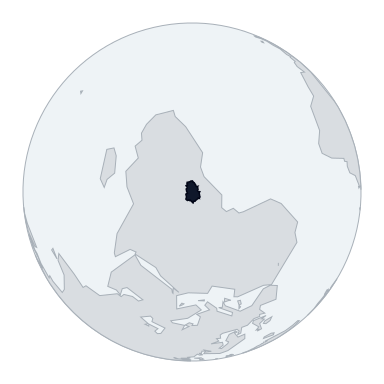 the Earth from above Bandundu, rotated 167°
{"feature_id": "COD-1871", "entity_name": "Bandundu", "entity_type": "Province", "adm_level": 1, "iso_a3": "COD", "parent_name": "Democratic Republic of the Congo", "parent_adm1": "", "projection": "orthographic", "projection_center": [18.46, -4.427], "detail": "fine", "context": "on_globe", "style": "filled", "palette": "ink", "viewbox_px": 384, "rotation_deg": 167, "n_neighbors": 0, "source": "natural_earth", "source_scale": "10m", "svg_char_len": 8673}
<svg xmlns="http://www.w3.org/2000/svg" viewBox="0 0 384 384"><g transform="rotate(167 192 192)"><circle cx="192" cy="192" r="169" fill="#eef3f6" stroke="#a8b0b8"/><path d="M107.1,45.9L99.7,50.6L94.8,54.9L92.3,56.8L86.1,60.8L84.4,61.7L95.4,53.4L107.1,45.9ZM80.9,64.7L82.4,63.5L76.0,69.2L75.3,70.0L76.2,69.5L78.9,67.1L76.9,69.1L70.2,74.9L71.9,73.1L74.1,71.1L73.2,71.9L80.9,64.7ZM26.1,160.1L26.9,156.2L26.2,160.4L28.3,158.5L27.7,160.9L29.2,171.2L33.9,175.2L34.9,182.1L34.1,186.7L36.4,187.6L36.5,190.6L48.2,193.6L56.5,200.4L57.7,210.7L53.8,223.2L57.1,248.8L51.9,258.1L55.2,268.4L59.2,283.9L55.4,283.5L61.3,290.5L63.2,295.2L62.1,296.0L66.0,301.1L65.4,301.6L68.8,304.6L74.0,311.6L79.8,316.6L85.2,322.1L89.0,324.9L88.7,325.0L90.1,326.3L92.3,327.9L88.8,325.7L80.7,319.1L76.8,315.5L76.3,315.1L67.2,305.8L69.0,307.8L57.4,294.1L49.4,282.3L33.0,248.6L30.7,242.3L30.1,240.3L26.7,227.2L24.5,213.9L23.2,200.4L23.1,186.9L24.1,173.4L26.1,160.1ZM96.7,330.6L90.1,326.7L92.9,328.4L89.6,325.5L95.0,328.6L96.7,330.6ZM89.3,323.0L88.6,321.3L90.0,322.0L90.8,323.4L89.3,323.0ZM350.2,132.8L350.9,134.5L352.9,140.6L358.1,161.1L358.8,166.1L358.1,162.2L354.6,151.1L356.6,162.9L359.4,174.5L360.5,187.2L359.5,182.3L358.1,171.1L356.8,166.9L355.2,156.4L350.5,140.5L349.4,142.4L347.6,136.3L341.0,123.3L338.3,125.8L335.3,139.9L337.9,155.6L335.6,162.0L325.2,138.4L319.6,123.5L316.4,124.5L305.2,111.8L287.7,109.7L284.6,106.0L281.4,107.5L273.5,103.6L268.7,97.8L264.1,98.0L276.8,113.5L281.7,113.5L285.0,107.9L287.7,113.5L295.3,119.0L288.7,132.1L261.7,143.6L258.3,132.0L233.5,101.7L233.8,98.5L233.7,98.2L233.3,97.5L231.9,102.7L227.4,97.2L241.5,117.4L244.2,126.5L261.4,144.3L260.0,146.1L265.2,150.0L281.2,146.2L281.4,150.1L274.4,168.3L251.6,193.6L254.2,211.6L251.8,227.1L236.7,237.2L237.1,249.5L229.1,253.7L228.0,260.7L221.1,268.2L209.9,275.3L191.8,275.7L191.4,269.3L183.5,257.1L172.8,227.9L178.1,214.4L176.8,204.2L163.6,182.4L166.6,170.1L162.9,165.2L155.4,166.8L151.0,161.0L146.4,161.2L117.0,167.6L107.7,160.7L95.8,139.0L100.8,129.4L101.1,119.3L135.4,83.9L143.3,85.0L171.1,79.6L174.7,80.5L172.2,87.6L193.6,95.8L199.6,89.7L218.3,94.6L230.3,94.5L233.2,81.5L213.6,81.1L209.5,75.0L224.6,69.9L241.6,71.3L240.5,69.0L229.2,63.7L232.5,60.0L225.2,61.6L228.6,63.9L224.1,65.2L220.7,63.3L222.0,61.9L216.7,60.9L211.9,68.5L214.9,71.7L201.4,73.2L205.0,78.8L201.6,81.5L194.1,73.2L194.4,70.2L181.1,62.3L179.6,65.5L192.0,73.4L188.4,72.8L186.5,78.1L185.1,73.6L171.9,65.0L159.3,67.8L144.3,81.6L136.7,83.5L129.9,81.7L134.3,68.6L150.8,66.1L152.5,62.3L148.3,57.6L153.7,57.5L154.0,55.5L160.1,54.7L167.9,49.7L174.0,48.9L176.2,43.6L179.6,42.7L177.3,45.9L179.0,48.1L194.1,47.4L196.7,46.3L197.0,43.1L201.1,43.6L199.4,40.7L207.6,39.7L196.1,38.7L196.1,35.8L200.6,33.7L198.5,32.8L191.2,36.3L190.1,37.9L192.5,39.5L187.8,44.9L182.8,46.0L179.9,40.3L172.5,41.6L173.5,37.3L192.7,29.4L201.2,28.4L216.9,31.8L215.4,33.1L209.0,32.4L215.7,35.3L214.8,34.0L218.2,34.7L219.0,32.8L221.5,33.2L218.1,30.9L221.2,31.3L223.3,32.8L227.2,31.0L233.4,31.9L233.1,31.3L231.0,30.5L240.3,32.6L239.7,32.1L236.4,31.2L233.0,29.9L230.6,28.5L233.9,29.3L235.2,29.9L243.1,32.6L246.1,34.6L247.2,34.8L245.4,33.4L235.8,29.9L233.4,28.9L238.2,30.3L236.3,29.7L236.2,29.5L239.2,30.2L234.0,28.6L231.1,27.6L242.5,30.8L253.6,34.7L264.5,39.4L275.0,44.8L285.1,51.0L294.7,57.8L303.8,65.3L312.4,73.5L320.4,82.2L327.7,91.4L334.4,101.1L340.4,111.3L345.7,121.9L350.2,132.8ZM124.5,100.6L123.8,103.5L124.5,100.6ZM260.4,80.4L270.1,81.7L264.3,73.6L267.5,73.7L264.3,71.1L263.8,73.1L255.9,66.5L259.5,64.8L257.6,61.8L254.2,61.2L248.9,65.5L260.2,74.7L258.6,77.6L260.4,80.4ZM28.5,158.4L28.5,160.1L28.0,160.3L28.5,158.4ZM32.3,137.5L32.4,138.0L31.7,139.2L32.3,137.5ZM32.4,136.6L32.1,137.5L31.4,139.5L32.4,136.6ZM76.4,68.9L76.9,68.5L77.2,68.4L75.9,69.5L76.4,68.9ZM85.4,63.2L82.0,66.7L83.5,64.7L81.1,66.6L81.2,65.2L91.0,57.7L86.6,61.2L85.4,63.2ZM84.2,62.0L83.0,63.2L83.9,62.2L84.2,62.0ZM149.6,47.1L152.0,47.9L150.0,50.1L142.3,52.5L145.0,49.1L149.6,47.1ZM155.7,48.6L155.0,43.1L159.8,41.8L157.3,43.4L160.5,43.1L157.2,45.6L162.5,50.4L161.1,52.8L147.6,55.0L152.7,52.8L150.1,51.9L155.7,48.6ZM144.8,35.8L144.6,34.6L155.3,33.2L154.3,34.5L146.5,36.6L143.1,36.3L144.8,35.8ZM177.5,23.7L178.5,23.6L174.3,24.0L179.0,23.8L174.1,24.3L174.9,24.2L171.6,24.8L169.1,25.5L166.8,25.8L166.8,26.0L164.7,26.6L163.9,27.0L159.5,27.9L158.2,28.6L156.9,28.6L155.9,29.7L154.6,29.3L151.7,30.3L154.5,30.2L132.3,35.9L124.0,39.5L117.7,42.9L116.4,42.4L121.4,39.1L129.6,35.2L137.7,32.2L135.7,32.8L139.0,31.6L140.8,31.0L143.6,30.1L146.5,29.3L161.8,25.8L177.5,23.7ZM178.4,77.8L181.1,78.0L185.2,77.5L184.1,81.1L178.4,77.8ZM169.2,71.9L171.6,71.3L172.0,75.6L169.2,75.6L169.2,71.9ZM172.5,67.7L171.7,71.0L170.5,69.2L172.5,67.7ZM179.5,45.4L182.0,44.9L182.4,45.7L181.2,46.9L179.5,45.4ZM191.1,25.0L189.0,24.8L189.6,24.6L187.8,24.0L191.3,23.8L193.7,24.2L191.1,25.0ZM230.1,83.6L226.9,86.0L225.0,84.8L226.5,84.2L230.1,83.6ZM204.5,83.1L210.6,84.8L204.2,84.1L204.5,83.1ZM194.6,24.7L193.4,24.4L195.9,24.6L194.6,24.7ZM193.7,23.7L196.5,23.8L191.5,23.8L193.7,23.7ZM278.1,312.9L277.9,315.3L275.9,315.2L278.1,312.9ZM278.4,225.6L265.4,252.7L258.1,252.5L257.7,244.3L263.1,227.8L271.9,223.4L276.5,216.2L278.4,225.6ZM359.4,215.1L359.4,214.7L359.5,211.4L359.9,208.8L359.9,210.5L359.4,215.1ZM359.9,208.6L359.5,198.6L355.8,173.0L357.2,174.1L360.4,190.6L360.3,193.0L360.6,200.5L359.9,208.6ZM338.6,157.2L341.8,167.1L340.2,168.4L338.6,157.2ZM222.7,26.4L221.4,27.1L222.8,28.3L227.2,29.6L220.4,28.4L218.3,26.5L222.7,26.4ZM206.9,24.0L206.3,24.1L204.3,23.9L206.9,24.0Z" fill="#d9dde1" stroke="#a8b0b8" stroke-width="1"/><path d="M185.3,187.7L185.3,187.4L185.4,187.2L185.4,186.7L185.3,186.0L185.3,185.9L185.3,185.7L185.3,185.4L185.4,185.2L185.6,185.1L185.8,185.0L185.9,184.9L186.1,184.6L186.3,184.5L186.3,184.4L186.4,184.5L186.5,184.7L186.6,184.8L187.4,184.8L187.4,184.5L187.2,184.4L187.2,184.2L187.3,184.2L187.7,184.3L187.8,184.3L188.2,184.0L189.2,183.5L189.4,183.4L189.7,183.3L190.0,183.1L190.3,183.1L190.7,182.8L190.9,182.7L191.0,182.5L191.1,182.3L191.7,182.4L191.9,182.6L192.1,182.6L192.4,182.7L192.5,182.6L192.9,182.6L193.0,182.6L193.1,182.4L193.2,182.2L193.0,181.9L193.0,181.7L193.4,181.4L193.5,181.3L193.5,181.2L193.7,181.3L193.8,181.5L193.8,181.8L194.0,182.1L194.1,182.3L194.2,182.5L194.5,182.7L194.5,182.8L194.7,183.2L194.8,183.4L195.0,183.7L195.1,184.0L195.3,184.3L195.4,184.2L195.6,184.0L195.6,183.9L195.8,183.9L195.9,184.0L196.0,184.0L196.2,184.6L196.3,184.6L196.5,184.7L196.8,184.7L197.1,184.7L197.2,184.8L197.3,184.8L197.4,185.0L197.5,185.0L197.8,185.1L198.1,185.0L198.4,185.0L198.5,184.9L199.4,186.0L199.5,186.1L199.5,186.3L199.4,186.5L199.4,186.8L199.3,187.0L199.1,187.1L199.0,187.3L198.5,188.6L198.5,188.8L198.4,189.3L198.5,190.0L198.5,190.4L198.5,190.5L198.5,191.0L198.4,191.2L198.4,191.3L198.2,191.4L198.0,191.5L197.9,191.5L197.7,191.6L197.6,191.8L197.3,191.9L197.2,191.7L196.9,191.6L196.7,191.6L196.7,191.8L196.8,192.0L196.8,192.3L196.7,192.5L196.7,192.8L196.7,193.0L196.8,193.1L196.8,193.3L196.9,193.5L197.0,193.7L196.9,193.8L197.0,193.9L197.1,194.2L197.1,194.5L197.0,194.8L197.0,195.3L197.0,195.5L197.0,195.8L197.0,196.0L196.9,196.0L196.7,196.2L196.6,196.4L196.6,196.5L196.4,196.6L196.2,196.7L196.0,196.8L195.9,196.9L195.8,197.0L195.7,197.1L195.7,198.3L195.8,198.4L195.9,198.7L196.3,199.1L196.4,199.3L196.4,199.6L195.1,199.6L195.2,199.8L195.0,200.0L195.0,200.5L195.1,200.9L195.1,201.0L194.9,201.1L194.9,201.3L194.6,201.3L194.7,201.6L194.6,202.1L194.6,202.3L194.6,202.5L192.9,202.5L192.9,202.4L192.2,202.3L192.1,202.5L191.9,202.5L191.7,202.6L191.2,202.5L190.9,202.7L190.9,202.8L190.7,202.9L190.5,202.7L190.4,202.7L190.2,202.7L190.0,202.8L189.9,202.7L189.6,202.8L189.3,202.8L189.3,202.7L189.2,202.5L189.1,202.4L189.1,202.2L188.9,202.1L188.8,201.9L188.7,201.9L188.7,201.7L188.6,201.4L188.4,201.3L188.3,201.2L188.2,201.0L188.2,200.9L188.3,200.9L188.2,200.8L188.0,200.7L187.9,200.6L187.7,200.5L187.7,200.4L187.6,200.2L187.5,199.8L187.6,199.7L187.5,199.4L187.5,199.2L187.4,199.1L187.2,199.1L187.0,198.7L186.9,198.3L187.0,198.2L186.9,198.1L186.9,197.9L186.8,197.7L186.9,197.3L186.9,197.2L186.7,197.0L186.7,196.9L186.5,196.6L186.5,196.4L186.4,196.4L186.2,196.3L185.9,196.3L185.8,196.2L185.7,196.2L185.1,196.2L185.3,196.0L185.4,195.8L185.4,195.7L185.5,195.6L185.5,195.2L185.4,195.0L185.4,194.8L185.5,194.5L185.5,194.4L185.5,194.0L185.5,193.9L185.6,193.7L185.6,193.4L185.5,193.2L185.7,192.9L186.0,192.3L186.1,192.2L186.3,192.1L186.4,191.9L186.3,191.7L186.2,191.4L186.0,191.1L185.9,191.0L185.5,190.8L185.4,190.7L185.2,190.7L184.7,190.7L184.4,190.6L184.5,190.5L184.6,190.3L184.7,190.1L184.8,189.9L184.9,189.6L185.1,189.4L185.2,189.1L185.4,188.9L185.4,188.7L185.3,188.3L185.3,188.2L185.3,187.9L185.3,187.7Z" fill="#0f172a" stroke="#020617" stroke-width="1.5"/></g></svg>